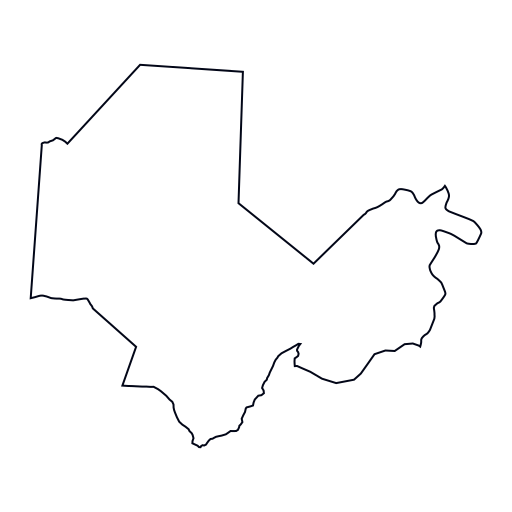 Arada, Santa Bárbara, Honduras (Albers equal-area conic projection)
{"feature_id": "27666195B41783757195237", "entity_name": "Arada", "entity_type": "district", "adm_level": 2, "iso_a3": "HND", "parent_name": "Honduras", "parent_adm1": "Santa Bárbara", "projection": "albers", "projection_center": [-88.298, 14.85], "detail": "fine", "context": "isolated", "style": "outline", "palette": "ink", "viewbox_px": 512, "rotation_deg": 0, "n_neighbors": 0, "source": "geoboundaries", "source_scale": "gbopen_adm2", "svg_char_len": 6007}
<svg xmlns="http://www.w3.org/2000/svg" viewBox="0 0 512 512"><path d="M122.4,385.6L128.3,386.0L129.2,386.0L132.5,386.1L142.2,386.6L146.5,386.6L150.7,386.9L153.6,386.8L158.1,389.2L160.9,391.2L166.3,395.8L169.5,399.5L172.3,401.8L173.5,404.5L173.6,407.6L174.1,410.0L174.9,412.3L176.9,417.2L179.2,421.7L182.3,424.6L185.5,426.7L188.6,429.2L189.5,431.1L191.7,433.2L192.6,434.9L193.5,438.2L192.5,441.1L192.4,443.3L197.6,445.7L199.0,447.1L200.5,447.2L201.2,446.0L202.6,445.2L204.1,445.5L206.0,444.6L207.1,442.9L208.8,440.6L210.5,439.0L212.6,438.7L213.9,437.9L216.0,436.8L218.6,436.2L221.6,435.6L225.9,434.3L228.5,432.5L230.6,431.0L232.9,431.1L236.1,431.0L237.9,429.9L239.1,427.3L239.4,425.7L240.7,424.5L242.4,422.1L242.0,420.2L241.7,418.7L243.3,415.2L245.0,412.0L245.8,408.4L246.6,407.4L250.4,406.4L253.0,405.5L253.6,402.5L254.8,399.5L258.3,395.7L261.4,395.2L263.9,393.2L263.6,390.5L262.1,388.0L262.9,385.2L264.6,381.8L266.8,379.7L267.1,378.1L268.9,375.1L269.8,372.5L273.0,366.0L274.3,362.4L275.7,359.7L277.4,357.7L278.2,356.2L281.5,353.3L286.0,350.9L290.5,348.6L293.0,347.0L296.2,345.2L298.4,343.8L300.3,344.0L298.9,345.8L298.3,347.0L297.4,348.8L297.0,349.8L297.1,350.8L298.1,352.1L298.6,353.8L298.1,355.9L296.9,356.9L294.7,358.4L294.5,361.3L294.6,363.8L294.8,366.1L297.1,366.0L302.2,368.3L310.3,371.8L322.0,378.7L336.2,383.1L354.0,379.7L360.8,373.6L368.6,362.6L374.5,354.2L385.4,350.5L394.7,351.0L404.6,344.2L412.8,343.5L418.8,345.6L420.2,346.6L420.7,344.8L421.1,342.9L421.2,341.9L421.2,341.3L421.2,340.6L421.2,339.9L421.3,339.5L421.4,339.1L421.7,338.5L422.0,337.9L422.8,337.0L423.4,336.3L424.1,335.7L424.6,335.2L425.1,334.9L426.7,333.9L427.1,333.6L427.5,333.3L427.9,332.8L428.5,332.1L429.4,330.8L429.8,330.2L430.2,329.3L434.2,319.1L434.3,318.7L434.4,318.3L434.5,317.3L434.6,316.6L434.5,314.5L434.5,313.3L434.4,312.1L434.2,310.4L433.9,308.5L433.9,308.2L433.9,307.8L433.9,307.5L434.2,306.6L434.3,306.1L434.5,305.9L434.7,305.6L435.4,305.0L437.1,303.5L437.5,303.2L438.6,302.7L439.2,302.4L439.9,301.9L440.4,301.5L442.0,299.4L442.8,298.3L444.0,296.6L445.0,295.0L445.2,294.5L445.4,293.9L445.4,293.4L445.3,292.9L445.2,292.3L445.0,291.6L442.3,284.8L441.7,283.5L441.3,282.7L441.0,282.3L440.7,282.0L439.7,281.0L438.3,279.7L437.4,278.9L435.5,277.6L434.3,276.6L433.4,275.7L432.6,274.8L432.1,274.1L431.5,273.1L431.1,272.3L430.7,271.4L430.3,270.6L430.0,269.6L429.8,268.7L429.6,267.7L429.5,267.0L429.5,266.3L429.6,265.7L429.7,265.2L431.1,262.9L434.7,257.3L435.8,255.4L436.4,254.3L437.5,252.3L438.1,251.0L438.4,250.3L438.9,249.1L439.1,248.2L439.2,247.5L439.2,246.7L439.2,246.1L439.0,245.5L438.8,245.0L438.6,244.5L438.3,243.9L437.9,243.4L437.7,243.0L437.4,242.6L437.2,242.0L436.8,240.8L436.5,239.6L436.2,238.1L436.0,237.0L435.8,236.2L435.8,235.4L435.7,234.6L435.8,233.8L435.8,233.3L435.9,232.9L436.0,232.3L436.2,231.9L436.4,231.6L436.7,231.2L436.9,231.0L437.3,230.7L437.5,230.6L437.8,230.5L438.3,230.4L439.0,230.3L439.8,230.2L440.3,230.3L440.8,230.4L441.4,230.5L443.9,231.3L445.3,231.8L449.2,233.2L450.9,233.9L452.8,234.9L454.3,235.7L465.0,242.3L466.3,243.1L466.7,243.3L467.2,243.5L467.8,243.6L469.1,243.8L471.0,244.0L472.0,244.0L473.0,244.0L473.8,244.0L474.5,243.9L475.3,243.7L475.8,243.6L476.0,243.5L476.2,243.3L476.5,242.9L476.8,242.4L477.9,240.4L479.7,236.7L480.7,234.5L481.1,233.6L481.2,233.2L481.3,232.8L481.3,232.4L481.3,232.0L481.2,231.6L481.1,231.0L480.8,230.1L480.4,229.3L479.9,228.5L478.7,226.8L477.4,225.2L475.9,223.5L474.7,222.2L473.9,221.5L473.0,220.9L472.5,220.7L470.8,219.9L469.0,219.1L463.6,217.0L455.7,214.0L449.6,211.6L448.5,211.1L447.7,210.5L446.7,209.8L446.0,209.1L445.8,208.8L445.6,208.4L445.5,208.1L445.4,207.7L445.4,207.2L445.5,206.6L445.6,205.8L446.1,204.1L446.6,202.6L447.0,201.8L447.6,200.7L448.0,199.7L448.3,199.1L448.5,198.4L448.7,197.7L448.9,196.9L449.0,196.1L449.0,195.4L448.9,194.5L448.6,193.3L448.2,192.3L447.7,190.9L446.9,189.3L446.3,188.1L445.6,186.9L444.9,185.9L444.2,186.9L443.3,188.0L442.6,188.7L442.1,189.2L441.8,189.4L441.4,189.6L436.1,192.2L431.6,194.5L430.8,195.0L430.2,195.4L429.3,196.2L427.5,197.9L424.7,200.8L423.8,201.6L423.0,202.3L422.2,202.9L422.0,203.0L421.6,203.1L421.0,203.2L420.6,203.2L420.1,203.2L419.6,203.0L419.1,202.8L418.8,202.6L418.2,202.1L417.7,201.7L417.4,201.3L416.5,200.1L415.7,198.8L415.0,197.4L414.1,195.2L413.8,194.7L413.3,193.9L412.8,193.1L412.1,192.3L411.7,191.9L411.3,191.6L410.6,191.2L409.7,190.9L407.8,190.3L405.5,189.8L403.5,189.4L402.2,189.2L401.6,189.1L401.0,189.1L400.4,189.1L399.6,189.2L399.3,189.3L398.8,189.4L398.1,189.8L397.5,190.3L396.9,190.9L396.5,191.3L396.2,191.9L395.8,192.4L395.3,193.5L394.9,194.2L394.2,195.2L393.7,196.0L392.5,197.4L390.5,199.6L389.9,200.2L389.4,200.5L388.9,200.8L388.4,201.0L388.0,201.2L387.1,201.4L386.7,201.5L386.2,201.7L385.4,202.1L383.9,203.1L382.2,204.3L381.2,204.9L379.8,205.8L377.8,206.9L377.2,207.2L376.2,207.6L375.5,207.9L373.0,208.6L371.6,209.2L369.6,210.0L368.2,210.7L367.7,211.0L367.3,211.3L367.0,211.6L366.7,211.9L366.0,213.0L365.4,213.7L365.0,214.0L364.6,214.3L364.2,214.5L363.6,214.9L313.5,263.7L238.5,203.2L242.9,71.8L140.1,64.8L67.4,143.7L66.3,142.7L65.3,141.7L63.9,140.8L62.5,139.9L62.1,139.7L60.2,139.0L58.4,138.3L57.4,138.1L56.6,137.9L56.1,138.0L55.8,138.1L53.0,140.3L51.2,140.9L49.7,141.4L49.1,141.8L48.6,142.2L48.2,142.4L48.0,142.5L47.6,142.5L46.8,142.6L46.0,142.6L45.1,142.4L44.7,142.4L43.3,142.8L42.5,143.1L42.2,143.3L41.9,143.6L41.7,144.0L41.7,144.4L41.7,144.8L41.8,145.2L30.7,298.2L34.8,297.2L36.8,296.6L38.8,296.0L40.2,295.7L41.1,295.6L41.7,295.6L42.6,295.6L43.4,295.7L45.4,296.2L46.4,296.4L47.2,296.7L48.4,297.1L50.5,297.9L51.2,298.1L51.8,298.2L52.8,298.3L54.8,298.5L56.9,298.6L59.3,298.6L60.5,298.7L61.5,298.9L62.9,299.4L64.1,299.6L66.0,299.8L68.2,300.0L69.9,300.1L72.5,300.3L73.5,300.3L75.2,300.0L81.1,299.0L83.7,298.6L84.8,298.6L85.8,298.5L86.4,298.6L86.7,298.6L86.9,298.7L87.3,299.0L87.6,299.3L88.4,300.6L89.1,301.8L89.9,303.2L90.2,303.9L90.5,304.3L91.3,305.3L91.9,306.1L92.1,306.5L92.3,307.0L92.6,307.7L92.8,308.4L136.1,346.8L122.4,385.6Z" fill="none" stroke="#020617" stroke-width="2"/></svg>